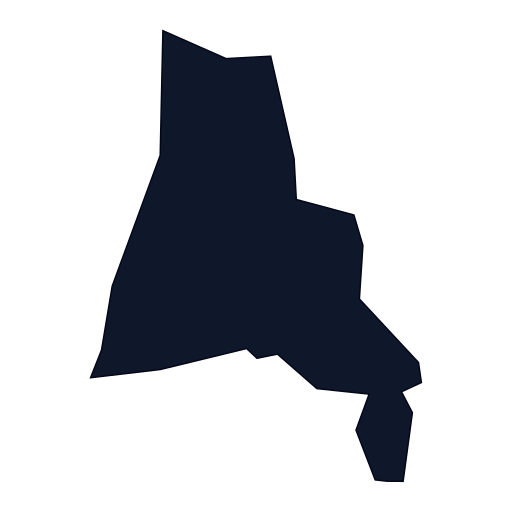 outline of Montour, Pennsylvania, United States of America
{"feature_id": "52423323B26026796638538", "entity_name": "Montour", "entity_type": "district", "adm_level": 2, "iso_a3": "USA", "parent_name": "United States of America", "parent_adm1": "Pennsylvania", "projection": "mercator", "projection_center": [-76.627, 41.027], "detail": "fine", "context": "isolated", "style": "filled", "palette": "ink", "viewbox_px": 512, "rotation_deg": 0, "n_neighbors": 0, "source": "geoboundaries", "source_scale": "gbopen_adm2", "svg_char_len": 451}
<svg xmlns="http://www.w3.org/2000/svg" viewBox="0 0 512 512"><path d="M162.9,30.7L160.2,155.3L112.2,286.1L101.5,350.1L90.6,377.7L160.3,369.5L246.6,348.5L257.0,358.3L277.4,354.1L316.9,388.6L369.1,394.1L356.0,430.1L375.2,479.9L387.0,481.2L403.1,481.3L412.4,412.7L401.5,391.8L421.4,382.5L418.5,362.5L359.4,299.0L362.9,245.5L353.9,215.0L296.3,199.5L294.1,158.7L270.7,56.2L226.1,58.6L162.9,30.7Z" fill="#0f172a" stroke="#020617" stroke-width="1.5"/></svg>